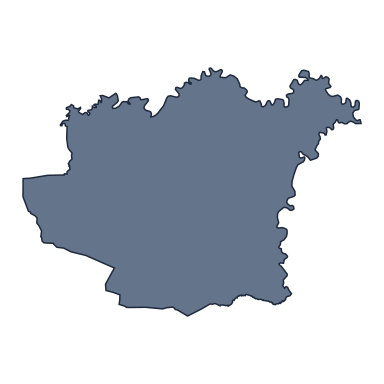 the district of Satuek, Buri Ram, Thailand
{"feature_id": "78962969B95819884850859", "entity_name": "Satuek", "entity_type": "district", "adm_level": 2, "iso_a3": "THA", "parent_name": "Thailand", "parent_adm1": "Buri Ram", "projection": "albers", "projection_center": [103.358, 15.223], "detail": "fine", "context": "isolated", "style": "filled", "palette": "slate", "viewbox_px": 384, "rotation_deg": 0, "n_neighbors": 0, "source": "geoboundaries", "source_scale": "gbopen_adm2", "svg_char_len": 5902}
<svg xmlns="http://www.w3.org/2000/svg" viewBox="0 0 384 384"><path d="M119.1,304.4L124.8,306.2L126.3,307.3L129.4,307.5L145.7,307.3L162.6,308.9L166.8,307.7L172.8,307.1L174.4,308.1L175.2,309.5L177.1,309.8L187.6,316.0L201.6,308.9L209.9,304.0L212.6,304.2L215.1,303.5L220.1,305.8L220.4,305.1L222.4,304.9L225.7,305.6L227.8,305.4L228.1,306.2L231.4,304.1L232.5,302.4L232.5,300.6L233.2,300.0L234.1,300.4L234.8,299.0L236.4,297.6L237.1,297.9L237.5,296.5L238.2,296.0L238.7,296.3L240.1,295.2L241.3,295.9L241.8,295.1L243.1,295.8L243.7,295.3L245.3,295.6L246.0,294.3L250.7,295.7L251.3,296.3L252.4,296.3L252.6,297.1L254.3,297.5L254.2,298.0L256.0,298.9L257.0,298.6L258.1,299.5L260.8,299.3L263.1,300.4L263.5,300.0L263.9,300.5L268.7,301.2L270.2,302.2L271.0,301.9L272.3,302.6L272.2,303.2L272.9,303.4L273.1,304.2L275.3,304.7L276.5,303.8L278.5,303.8L279.7,302.8L279.7,303.3L280.4,303.4L281.9,301.8L283.0,301.5L282.7,300.9L284.2,301.0L284.7,300.1L285.5,299.9L285.7,298.2L286.5,296.9L290.1,295.6L291.5,293.6L289.1,290.5L287.6,287.3L286.1,286.6L284.5,288.2L282.7,285.4L283.7,283.2L283.3,280.0L287.1,275.7L287.2,274.1L281.3,266.3L279.2,264.7L279.0,263.9L280.3,262.9L283.5,263.3L284.3,259.5L287.2,257.4L287.5,256.2L285.7,254.0L282.6,253.1L281.6,251.7L281.2,248.7L279.2,248.1L278.7,247.1L280.4,244.6L280.6,241.7L284.0,239.8L286.4,236.6L287.1,233.5L287.1,230.7L286.6,229.3L285.1,228.5L282.3,227.6L278.2,228.1L276.8,227.2L276.9,226.1L278.7,222.9L277.4,217.6L277.5,214.2L278.6,211.6L283.9,207.3L287.2,207.9L290.0,210.3L292.6,210.0L294.0,208.8L293.5,206.3L292.2,205.5L290.0,205.7L288.4,204.6L286.9,202.8L286.8,201.3L287.4,199.5L288.7,198.1L293.9,196.4L295.1,195.2L294.9,191.4L291.8,186.0L292.1,181.3L293.8,175.0L296.4,167.5L298.0,164.7L303.3,161.8L304.5,160.0L304.8,157.8L304.2,156.9L301.5,158.0L300.3,157.9L299.5,157.3L298.7,152.6L299.9,151.6L301.4,151.8L303.0,154.1L307.4,156.4L310.4,160.2L316.7,158.1L318.2,156.3L318.4,153.6L315.5,150.4L315.2,149.3L317.0,145.4L318.4,143.8L318.8,141.0L320.3,139.3L320.1,136.9L318.9,134.4L319.1,133.1L319.9,132.4L323.0,132.9L324.5,133.5L325.1,135.0L326.1,135.0L326.9,131.4L326.3,127.9L327.3,127.3L329.8,127.6L331.7,129.7L333.0,129.5L333.7,127.9L333.2,124.2L335.2,122.3L336.6,119.7L337.5,119.9L338.3,122.2L339.3,123.0L342.0,122.4L344.3,123.8L346.3,123.8L347.3,123.5L348.3,122.2L350.7,121.2L353.6,122.2L355.5,123.6L361.0,123.5L360.3,119.9L359.3,119.7L357.8,120.6L356.4,120.4L353.6,117.3L352.9,114.6L353.0,112.6L354.7,110.4L358.0,109.7L358.9,109.0L359.3,103.3L358.6,101.2L357.2,100.4L355.5,101.0L355.0,105.7L353.0,107.4L351.2,106.5L350.8,102.8L349.8,100.2L347.5,98.3L346.8,98.3L346.2,98.9L345.9,102.0L345.1,103.2L343.5,104.1L342.1,104.1L341.3,103.0L341.4,99.0L340.6,97.0L337.8,95.1L332.6,96.5L330.5,96.0L328.5,94.6L325.9,90.7L325.5,89.5L325.8,88.7L330.1,87.5L330.9,86.4L328.6,83.4L329.1,79.0L328.0,77.5L325.8,76.7L323.4,78.4L322.6,78.4L322.0,77.9L322.0,76.2L321.1,75.5L319.2,78.6L317.3,79.9L315.8,80.2L313.6,78.8L309.7,77.9L309.2,77.3L309.1,73.3L308.4,71.5L303.9,70.2L301.5,70.8L298.9,75.0L298.9,76.7L299.5,77.2L305.8,77.5L307.9,79.4L308.1,80.4L304.5,80.4L301.8,84.0L300.1,84.9L298.6,84.1L297.1,80.2L295.1,79.4L293.7,79.8L289.9,86.2L290.5,87.9L293.4,89.6L293.8,90.9L293.6,92.4L292.6,93.3L288.2,94.0L286.4,95.2L286.7,96.9L287.8,97.4L289.0,99.3L288.7,105.0L287.9,106.4L285.6,107.2L284.5,106.9L283.9,105.8L284.1,103.3L283.4,100.3L282.2,99.5L277.6,98.8L275.6,99.2L274.5,102.6L272.7,105.0L271.7,104.9L269.8,100.9L268.5,100.7L267.5,101.2L265.3,105.6L262.8,106.9L261.4,106.0L261.3,104.1L259.9,101.0L258.9,100.8L256.9,101.8L255.1,101.8L249.0,99.1L246.0,97.1L245.2,95.1L247.3,91.9L246.9,90.4L244.5,88.1L241.6,87.7L240.1,86.7L239.8,84.4L237.3,78.9L234.0,76.2L230.2,74.9L225.7,77.7L220.5,77.3L220.0,76.2L222.3,71.6L222.2,70.6L221.4,69.7L220.6,69.7L216.8,71.6L215.0,71.7L213.5,71.0L211.4,68.5L210.2,68.0L209.4,68.4L209.1,69.3L211.0,73.3L210.9,74.8L210.1,75.8L208.2,76.4L206.3,75.8L205.5,75.0L204.5,71.8L202.8,71.6L201.1,75.9L201.1,79.2L200.2,80.1L198.5,80.3L194.2,78.3L189.8,78.0L188.9,78.8L188.6,80.1L189.1,81.7L191.3,83.0L190.9,84.2L190.0,84.2L188.0,82.5L186.1,82.3L184.4,83.1L184.4,84.8L182.8,87.2L181.5,88.3L180.3,88.4L176.9,87.3L175.9,87.6L175.4,89.4L179.0,93.7L179.0,95.6L178.5,96.7L176.4,97.2L170.3,95.7L168.0,96.4L166.8,97.9L163.7,105.6L158.0,113.0L155.8,115.1L152.9,116.6L150.8,116.9L151.5,114.0L150.8,112.1L149.5,111.3L145.8,110.3L144.0,108.1L144.4,105.9L148.3,100.8L148.2,99.3L147.1,98.6L142.2,99.7L140.6,99.5L139.9,97.6L138.6,96.9L130.8,97.7L128.9,98.9L128.1,100.6L128.3,101.8L130.1,103.7L129.9,104.3L128.4,103.9L126.7,101.7L123.3,101.6L122.1,102.1L119.4,106.0L115.6,108.3L112.8,108.4L112.3,107.3L112.7,106.1L117.2,102.4L118.3,100.7L117.4,95.8L116.3,93.7L115.7,93.3L109.0,97.9L102.8,95.5L100.2,95.7L101.7,99.3L101.3,102.4L100.6,102.4L100.6,101.3L99.7,100.3L98.7,100.2L98.0,104.3L94.8,104.2L93.7,105.1L96.2,106.2L96.3,107.4L94.5,107.6L92.3,106.4L92.2,108.5L91.5,109.8L88.0,110.4L87.8,111.3L89.8,113.2L89.5,114.5L88.6,115.2L87.9,114.9L87.3,113.2L86.3,112.6L84.8,112.7L82.8,114.5L78.9,112.5L78.4,111.3L80.6,108.6L80.4,107.4L78.0,108.9L73.8,107.8L73.5,105.7L71.3,104.6L69.9,106.3L66.5,107.7L66.2,108.6L66.5,109.3L68.5,109.5L69.8,110.7L69.5,112.5L66.3,115.6L66.9,116.6L68.8,115.2L69.7,115.6L68.7,117.9L68.6,119.9L68.0,120.3L65.5,120.2L62.8,121.2L60.3,125.0L60.8,125.8L61.9,125.7L62.6,123.6L64.5,123.4L65.1,123.9L65.4,125.9L67.1,126.6L66.7,138.5L67.8,146.9L68.7,149.0L72.1,153.2L71.5,155.1L72.0,159.1L69.4,161.4L69.3,162.4L68.3,163.7L69.2,165.1L68.8,166.0L69.6,166.2L70.0,169.2L67.1,171.6L67.0,174.0L64.4,173.8L64.1,175.0L47.7,175.3L30.1,178.2L23.1,178.6L23.0,196.8L28.5,211.3L30.4,212.1L30.8,213.5L35.0,215.7L37.1,218.0L36.8,223.0L38.9,225.7L41.6,231.0L40.8,236.8L41.6,237.4L42.1,241.1L44.0,242.9L53.3,243.3L54.0,244.5L57.0,247.3L63.6,248.1L71.0,251.8L85.7,255.4L114.4,268.0L105.5,284.2L106.0,290.5L112.6,292.2L119.9,294.8L119.8,299.7L119.1,304.4Z" fill="#64748b" stroke="#1e293b" stroke-width="1.5"/></svg>